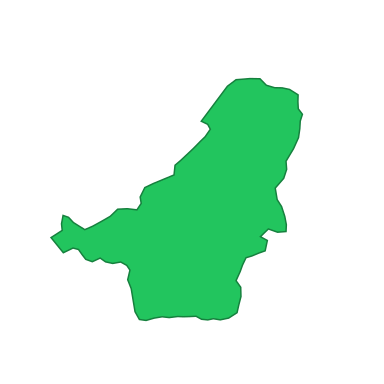 the district of Laurentino, Santa Catarina, Brazil, rotated 29°
{"feature_id": "56859067B62662309079841", "entity_name": "Laurentino", "entity_type": "district", "adm_level": 2, "iso_a3": "BRA", "parent_name": "Brazil", "parent_adm1": "Santa Catarina", "projection": "equal_earth", "projection_center": [-49.737, -27.204], "detail": "fine", "context": "isolated", "style": "filled", "palette": "green", "viewbox_px": 384, "rotation_deg": 29, "n_neighbors": 0, "source": "geoboundaries", "source_scale": "gbopen_adm2", "svg_char_len": 1349}
<svg xmlns="http://www.w3.org/2000/svg" viewBox="0 0 384 384"><g transform="rotate(29 192 192)"><path d="M278.7,290.1L285.2,284.5L289.9,275.7L287.6,267.8L285.5,259.7L280.8,251.7L273.5,248.2L272.7,238.2L271.6,231.4L271.1,223.3L275.4,218.9L280.0,213.1L284.5,208.0L281.4,197.9L273.5,197.9L276.7,187.3L286.3,185.7L293.4,181.0L290.4,174.9L285.0,168.4L277.4,161.3L270.2,157.4L262.9,148.2L265.6,135.6L263.8,126.3L259.3,119.5L259.8,104.9L258.8,92.8L255.6,84.4L252.3,77.5L250.9,70.5L244.6,67.7L240.8,61.6L237.7,55.6L227.6,55.0L220.4,57.2L213.8,60.7L205.3,62.6L196.6,60.0L187.7,64.7L181.6,68.8L176.1,72.4L171.7,82.3L165.8,125.6L172.9,125.2L177.6,128.2L176.7,137.3L174.8,143.5L172.1,153.3L169.3,162.1L166.7,170.1L164.2,176.8L168.0,185.8L154.1,203.3L148.6,211.0L149.1,221.5L153.1,226.6L152.5,234.3L143.5,238.0L135.3,243.1L132.3,252.9L127.0,261.7L121.7,270.1L116.5,276.9L110.2,276.6L103.1,276.2L96.3,274.0L90.6,275.0L93.3,283.1L97.1,288.5L90.8,300.2L108.9,307.5L115.1,298.7L120.6,297.3L126.6,300.2L131.7,302.4L138.6,301.3L143.7,294.3L150.3,295.0L157.3,292.9L163.6,287.8L170.5,287.8L175.6,290.4L178.3,299.9L185.7,306.0L193.3,315.6L200.2,324.3L207.8,329.0L214.1,326.6L220.1,320.6L226.4,315.6L232.9,312.9L239.9,307.8L244.9,305.3L250.3,302.1L255.8,298.7L262.0,298.7L267.8,296.2L272.1,292.5L278.7,290.1Z" fill="#22c55e" stroke="#15803d" stroke-width="1.5"/></g></svg>